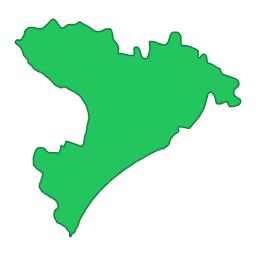 Vung Tau, Bà Rịa - Vũng Tàu, Vietnam (Albers equal-area conic projection)
{"feature_id": "81297802B39135443664879", "entity_name": "Vung Tau", "entity_type": "district", "adm_level": 2, "iso_a3": "VNM", "parent_name": "Vietnam", "parent_adm1": "Bà Rịa - Vũng Tàu", "projection": "albers", "projection_center": [107.117, 10.402], "detail": "fine", "context": "isolated", "style": "filled", "palette": "green", "viewbox_px": 256, "rotation_deg": 0, "n_neighbors": 0, "source": "geoboundaries", "source_scale": "gbopen_adm2", "svg_char_len": 5573}
<svg xmlns="http://www.w3.org/2000/svg" viewBox="0 0 256 256"><path d="M110.8,29.3L109.8,28.9L108.7,28.8L105.5,29.1L103.8,29.9L102.9,30.6L101.6,31.0L100.5,31.5L99.1,31.7L97.6,31.7L96.4,31.6L93.6,30.3L88.7,26.7L83.4,24.1L81.1,22.5L79.8,21.9L79.3,21.9L77.8,22.9L76.9,23.7L75.3,24.5L68.9,24.6L67.7,24.9L67.0,25.4L66.2,25.9L64.1,27.6L62.9,27.9L61.4,27.8L60.6,27.4L60.0,26.9L59.4,26.1L58.9,25.3L57.8,23.9L56.1,21.3L55.0,20.2L54.4,19.6L53.4,19.3L52.5,19.3L51.9,19.5L51.4,19.9L50.7,20.6L50.1,21.6L49.3,22.2L48.1,23.6L45.0,26.4L44.2,27.3L43.4,27.8L42.3,28.4L39.8,28.8L37.8,28.7L34.5,27.8L32.1,27.4L30.4,27.4L28.9,27.7L27.8,28.2L26.7,29.0L25.2,30.8L24.6,31.6L24.6,33.1L24.0,35.0L21.7,39.2L21.2,39.8L19.5,40.2L17.9,39.9L17.4,39.9L16.5,40.2L15.8,41.0L15.4,41.9L15.4,42.6L15.5,43.0L16.8,44.2L19.0,45.8L20.6,47.6L21.1,48.4L22.8,51.7L23.4,54.4L24.0,55.5L24.3,55.9L25.9,57.7L27.0,58.8L27.6,59.4L27.9,60.1L28.1,61.3L28.1,62.3L28.2,62.7L28.6,63.0L31.4,65.5L32.6,66.9L33.9,68.7L34.9,69.5L37.9,71.2L41.3,72.6L43.4,73.8L44.4,74.9L46.0,76.3L48.7,78.2L50.3,79.7L53.4,82.9L54.4,84.3L55.5,85.3L58.6,86.9L59.9,87.2L60.5,87.6L60.7,87.9L61.0,88.0L61.3,87.8L62.1,87.4L62.9,87.1L63.7,87.0L65.3,87.0L66.6,87.6L69.2,89.3L74.8,92.1L80.3,96.2L83.3,100.6L86.3,105.6L88.1,111.3L89.1,117.9L87.3,125.2L86.1,133.3L85.0,135.2L83.7,143.4L83.4,144.1L81.9,146.6L70.8,142.6L66.1,141.2L64.3,146.7L61.2,145.6L60.1,150.6L59.2,152.5L58.5,153.3L58.2,153.4L57.6,153.3L56.6,152.8L55.6,152.6L55.1,152.8L54.8,153.1L52.1,152.7L50.3,152.7L48.1,152.3L47.0,151.6L46.3,150.8L45.6,150.4L45.3,149.5L44.0,148.4L42.7,147.9L40.7,147.7L38.4,147.8L36.8,148.9L35.2,151.5L34.3,154.8L33.9,155.7L33.3,159.2L33.3,159.4L33.6,162.0L33.4,163.0L33.6,164.0L33.5,164.6L33.5,165.1L35.0,166.5L36.4,168.3L41.9,172.3L42.4,173.2L42.7,173.9L42.6,176.0L42.2,177.3L41.6,178.2L41.4,178.9L41.2,179.8L41.0,180.5L41.1,181.5L40.9,181.9L40.6,182.2L40.1,182.6L39.9,182.9L39.4,186.3L39.4,187.4L39.7,188.0L40.6,188.5L40.8,188.7L40.9,189.7L41.9,191.5L43.5,192.4L44.7,193.6L45.0,193.8L48.5,195.5L49.4,196.6L49.8,197.0L51.4,197.4L52.5,198.0L56.0,200.7L56.8,201.8L57.2,202.5L57.3,202.9L58.0,204.9L58.2,205.6L58.2,206.8L57.7,208.1L57.4,208.4L56.1,209.3L55.1,210.5L54.5,211.6L54.1,213.7L54.1,215.6L54.3,216.9L55.1,219.0L55.6,219.8L56.2,220.6L56.7,221.4L56.9,222.1L57.4,222.6L57.9,222.9L59.6,223.4L60.7,223.9L61.1,224.2L61.3,224.6L62.3,225.0L65.9,227.2L66.3,227.8L66.7,228.8L67.3,229.6L68.3,230.5L69.5,232.1L69.7,232.6L69.6,235.3L69.7,235.9L69.9,236.3L70.2,236.6L70.5,236.7L71.2,235.9L71.2,234.9L71.5,234.5L72.5,233.7L73.5,233.2L74.7,231.9L75.2,231.4L75.3,230.9L75.3,230.2L76.1,228.5L76.4,228.2L77.3,227.0L80.3,218.7L83.1,213.8L83.6,213.3L83.9,213.0L84.1,212.2L84.5,211.4L87.0,207.6L89.1,204.3L89.6,203.9L91.9,200.4L94.0,197.8L100.1,190.6L104.1,186.8L104.2,186.3L105.3,185.4L105.5,185.0L105.8,184.7L106.4,184.7L107.8,183.1L110.5,180.3L111.2,180.1L111.7,179.7L112.3,178.8L113.2,178.4L113.7,178.0L114.5,177.0L114.9,176.8L115.5,176.6L116.7,175.7L117.2,175.1L117.9,174.6L118.8,173.5L119.1,173.4L119.5,173.4L119.8,173.3L122.2,171.1L133.0,163.9L135.8,161.9L138.4,160.5L140.7,159.2L142.2,158.4L148.5,154.7L152.8,152.5L157.3,150.4L160.5,149.0L162.4,148.5L163.1,148.5L163.5,148.8L163.8,148.7L163.6,148.2L166.0,146.9L166.6,146.5L168.9,144.2L169.3,143.5L169.9,140.6L170.1,140.0L170.4,139.4L171.1,138.2L172.1,137.0L173.7,135.1L175.0,134.0L177.8,132.1L178.4,131.7L178.6,131.4L178.7,131.0L178.7,130.5L178.3,129.0L178.3,128.6L178.5,128.1L179.2,126.5L189.3,128.4L189.8,127.8L198.9,117.1L202.7,110.6L203.5,109.4L204.6,106.2L206.1,101.1L207.7,94.9L208.2,93.8L209.3,92.6L210.2,92.3L211.0,92.3L212.1,92.7L213.1,93.6L214.2,95.3L215.1,97.4L215.6,99.5L216.1,102.3L216.5,103.2L217.2,103.7L217.9,104.0L219.2,103.9L221.6,103.6L223.9,102.3L226.2,101.7L226.8,101.8L227.4,102.1L227.8,102.9L228.5,104.9L229.1,106.1L229.9,106.5L230.8,106.6L232.7,106.5L234.5,106.3L235.8,105.8L237.4,105.3L238.7,104.8L240.0,103.4L240.6,102.1L240.6,101.3L240.5,100.2L240.2,99.7L239.9,99.3L237.8,98.1L236.7,97.3L235.3,96.3L234.7,95.7L234.2,94.8L233.8,93.5L233.9,91.0L234.4,89.8L235.1,88.8L237.0,87.3L238.4,86.0L238.8,84.8L238.9,83.8L238.8,82.8L238.4,81.5L237.3,80.0L235.8,79.0L234.1,78.2L228.8,76.5L223.5,74.6L222.4,74.0L221.6,73.3L220.7,70.9L220.5,70.0L219.9,68.9L219.3,68.4L218.7,68.1L217.5,67.8L216.2,67.1L214.4,65.9L212.1,64.4L210.9,64.0L208.5,63.2L207.8,62.8L207.3,62.3L207.0,61.1L207.0,59.6L206.9,58.7L206.5,57.0L206.2,56.1L205.7,55.3L205.1,54.7L204.3,54.3L203.5,54.2L202.7,54.4L201.9,55.0L200.2,57.4L199.5,57.9L198.9,57.9L198.2,57.2L197.9,56.0L198.3,52.0L198.2,51.2L197.6,50.4L196.6,49.6L195.7,49.1L193.8,48.4L191.7,47.3L187.1,45.8L185.5,45.7L182.9,45.7L182.3,45.5L181.7,45.1L181.2,44.6L181.0,43.6L180.9,37.1L180.7,36.2L180.3,35.2L179.9,34.5L179.2,33.6L178.2,32.7L177.3,32.3L174.6,32.3L173.4,32.2L172.8,32.4L172.2,32.7L171.7,33.2L171.1,33.7L170.7,34.6L169.9,36.8L169.3,38.9L168.3,41.6L167.4,43.1L166.3,44.2L165.2,44.9L164.7,45.1L163.9,45.0L159.0,43.7L156.6,42.7L154.1,41.6L149.7,41.5L149.4,42.1L149.5,43.5L149.8,45.2L149.9,46.7L149.8,50.1L149.0,53.4L148.3,55.6L147.5,57.4L146.9,58.0L145.6,58.7L144.5,58.7L143.3,58.1L142.8,57.8L142.1,57.1L141.6,56.4L141.1,55.5L140.3,51.7L140.0,50.9L139.4,49.6L138.3,47.9L137.0,47.0L135.8,47.0L134.9,47.4L134.3,47.9L134.0,48.6L134.1,50.0L134.3,52.0L134.3,53.1L134.1,54.3L133.7,54.9L133.0,55.5L132.2,55.7L130.0,55.5L128.2,55.2L127.2,54.8L123.9,54.1L118.5,53.3L118.2,53.0L118.1,51.6L118.5,49.6L118.6,48.2L118.4,47.1L117.0,43.9L116.4,43.1L115.1,41.6L113.5,39.6L112.9,37.8L112.6,34.9L112.0,32.6L111.8,31.4L111.3,30.1L110.8,29.3Z" fill="#22c55e" stroke="#15803d" stroke-width="1.5"/></svg>